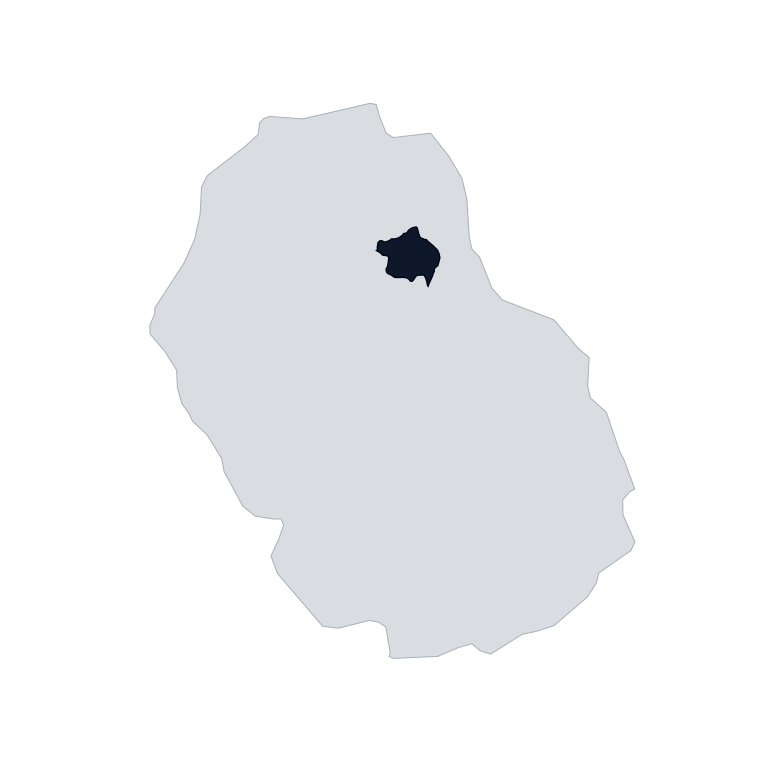 Demir Kapija highlighted on a map of North Macedonia, rotated 253°
{"feature_id": "MKD-2927", "entity_name": "Demir Kapija", "entity_type": "Statistical Region", "adm_level": 1, "iso_a3": "MKD", "parent_name": "North Macedonia", "parent_adm1": "", "projection": "robinson", "projection_center": [22.23, 41.383], "detail": "fine", "context": "in_parent", "style": "filled", "palette": "ink", "viewbox_px": 768, "rotation_deg": 253, "n_neighbors": 0, "source": "natural_earth", "source_scale": "10m", "svg_char_len": 2404}
<svg xmlns="http://www.w3.org/2000/svg" viewBox="0 0 768 768"><g transform="rotate(253 384 384)"><path d="M347.4,205.5L360.0,207.0L387.3,199.9L404.3,190.1L413.0,188.7L424.5,184.9L441.0,185.4L457.8,189.7L479.2,184.0L500.2,174.9L508.6,177.2L517.7,185.0L523.7,187.1L558.5,228.4L577.6,245.1L600.1,257.8L625.8,267.1L635.0,276.0L651.5,319.9L659.4,336.6L670.3,341.5L672.9,346.3L673.4,352.7L661.3,383.6L656.5,452.8L653.5,458.3L640.6,458.0L623.5,459.4L617.0,464.8L610.2,502.0L582.7,512.6L557.8,518.7L536.7,517.3L499.7,508.5L487.6,507.5L477.3,512.5L444.3,515.2L429.8,521.7L395.6,565.3L361.1,580.3L349.3,587.9L322.9,578.3L310.3,577.3L292.0,588.4L252.0,589.5L241.1,591.4L210.3,593.1L209.0,587.1L203.4,578.4L189.0,574.3L159.6,577.8L152.5,571.4L140.6,534.4L131.2,528.5L120.8,516.1L103.2,475.9L102.9,458.3L104.2,443.0L94.6,406.9L100.8,397.8L110.0,392.1L110.2,377.6L107.8,355.6L119.0,312.4L121.9,309.2L124.7,311.3L151.0,314.7L157.8,309.3L162.2,300.7L163.8,269.1L170.2,254.5L233.9,226.7L252.6,225.6L266.9,238.4L278.2,246.6L285.0,246.3L287.5,238.1L295.3,222.3L308.4,213.2L347.0,205.5L347.4,205.5Z" fill="#d9dde1" stroke="#a8b0b8" stroke-width="1"/><path d="M503.5,425.4L504.6,425.4L505.5,424.7L506.3,423.5L506.9,422.0L507.5,420.7L508.5,419.9L510.2,419.1L512.7,417.0L513.8,415.8L514.5,417.2L516.5,417.5L519.2,418.8L521.0,419.7L522.1,421.8L521.7,423.8L520.4,425.0L519.8,425.5L519.3,427.2L519.4,429.5L520.0,432.8L520.6,433.7L519.9,435.3L519.5,437.2L519.4,440.0L519.8,442.2L521.0,445.5L522.1,446.7L521.9,447.4L521.8,448.9L522.0,450.3L523.1,451.6L523.8,452.5L524.8,455.3L525.0,457.4L524.9,459.8L524.6,460.9L523.4,461.3L521.5,461.3L518.6,461.1L515.9,461.2L513.9,461.3L512.8,462.2L511.2,464.1L509.8,465.7L509.7,466.7L508.3,467.2L501.9,471.3L496.3,474.3L492.5,474.7L488.4,474.3L484.7,472.1L481.5,470.0L480.3,467.0L479.3,465.5L477.9,465.3L476.6,464.7L475.7,463.7L474.9,462.9L474.0,462.6L472.9,461.7L470.7,459.8L466.9,456.4L464.7,454.7L465.0,454.6L466.4,454.6L469.4,454.9L472.9,454.9L475.1,454.5L476.3,454.2L476.9,453.1L477.3,451.3L477.8,449.9L478.1,448.3L478.1,447.1L477.5,445.6L476.0,443.9L474.6,442.1L474.1,440.9L474.3,440.0L475.1,439.0L476.3,438.9L477.7,437.9L478.7,437.1L479.6,435.3L480.5,433.3L481.4,430.0L482.5,426.3L483.5,424.7L485.8,423.1L488.3,420.3L489.8,419.3L491.9,419.3L493.2,419.7L494.5,420.9L495.6,421.9L497.9,423.1L499.9,424.0L501.4,424.8L503.5,425.4Z" fill="#0f172a" stroke="#020617" stroke-width="1.5"/></g></svg>